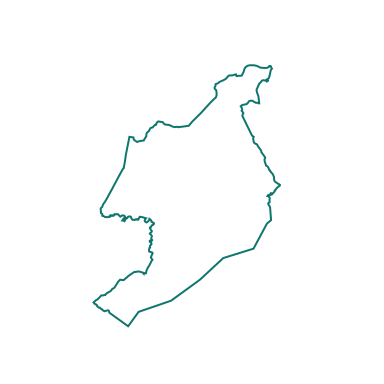 Kwahu South, Eastern, Ghana, rotated 125°
{"feature_id": "2480657B68408124911047", "entity_name": "Kwahu South", "entity_type": "district", "adm_level": 2, "iso_a3": "GHA", "parent_name": "Ghana", "parent_adm1": "Eastern", "projection": "albers", "projection_center": [-0.601, 6.627], "detail": "fine", "context": "isolated", "style": "outline", "palette": "teal", "viewbox_px": 384, "rotation_deg": 125, "n_neighbors": 0, "source": "geoboundaries", "source_scale": "gbopen_adm2", "svg_char_len": 5965}
<svg xmlns="http://www.w3.org/2000/svg" viewBox="0 0 384 384"><g transform="rotate(125 192 192)"><path d="M338.6,167.3L320.8,167.0L293.1,146.8L259.3,135.2L228.2,128.5L203.1,109.1L174.9,112.5L169.7,111.1L159.6,119.4L159.0,120.5L158.5,122.1L157.7,123.0L156.8,123.0L156.1,122.5L154.9,123.3L154.1,123.9L153.4,124.3L152.9,124.5L152.2,125.1L152.0,125.5L151.9,126.5L151.7,126.9L151.7,127.2L152.0,127.8L151.8,127.8L151.0,127.9L150.5,127.6L150.6,127.0L150.3,126.6L149.9,126.3L149.5,126.3L148.8,126.7L147.7,126.7L147.5,126.4L147.4,126.1L147.6,126.0L148.4,125.4L148.4,125.2L147.7,125.0L146.6,125.1L145.6,124.7L144.6,124.7L143.9,125.0L143.6,125.0L143.2,124.7L142.5,125.0L141.8,124.8L140.9,124.9L139.3,124.7L136.3,123.7L135.8,124.0L135.7,124.6L135.8,124.9L135.7,125.5L135.8,125.8L135.9,127.1L135.8,128.2L135.9,128.8L136.0,129.6L135.6,130.7L135.5,130.9L134.8,131.7L134.6,132.1L133.5,132.7L132.8,133.3L131.5,135.3L130.7,137.0L130.7,138.2L130.3,138.7L130.2,139.7L129.6,140.4L129.7,141.3L129.3,141.7L128.0,143.9L127.8,144.5L127.8,145.2L127.7,145.7L127.9,146.3L127.6,146.8L125.1,150.2L123.5,151.4L122.2,151.6L121.7,152.0L120.7,154.6L120.6,155.1L119.8,157.4L119.7,157.9L119.0,158.5L118.4,159.2L116.6,164.5L116.0,165.4L115.8,165.9L115.8,167.0L116.1,167.8L116.0,169.5L115.3,170.4L113.0,172.7L111.4,173.1L111.4,175.0L111.2,175.5L100.9,194.2L100.5,194.3L100.1,194.8L99.9,194.9L98.3,195.0L98.0,195.1L97.6,195.7L97.0,198.0L96.6,198.1L95.9,198.1L95.6,198.3L94.7,199.3L94.2,200.1L93.8,201.3L92.5,201.0L91.2,200.1L88.6,197.6L87.8,197.6L86.9,197.3L85.1,197.4L84.8,197.3L83.6,196.4L82.5,194.7L82.6,193.3L82.4,192.4L82.3,190.8L81.7,190.2L81.3,189.1L81.2,188.4L80.8,187.8L75.6,192.4L72.9,196.2L71.2,197.8L64.4,199.1L63.6,198.7L60.7,198.6L59.8,198.0L59.3,197.3L58.8,196.1L58.1,195.7L57.7,195.1L57.7,194.8L58.3,194.7L58.6,194.4L58.6,194.1L57.9,193.7L57.3,193.6L57.1,193.6L56.9,194.0L56.9,195.0L56.7,195.2L55.5,194.6L54.9,194.4L52.7,194.9L52.0,195.3L47.1,197.3L46.6,197.4L45.1,197.3L44.8,198.1L44.0,199.2L43.9,199.8L43.8,200.0L44.3,200.7L44.8,201.0L45.5,201.0L45.8,200.8L47.5,202.0L48.9,203.9L50.9,207.3L51.3,210.3L51.7,211.7L52.6,213.8L54.5,216.6L55.3,217.6L56.1,218.4L56.3,218.6L58.8,219.7L60.0,219.8L62.2,219.3L63.7,218.7L64.9,218.5L68.0,218.0L68.6,218.5L70.2,220.6L71.4,221.8L71.4,222.4L70.4,223.3L70.7,223.8L73.4,225.9L75.1,228.2L75.7,228.7L76.6,228.9L77.7,228.9L79.0,229.0L80.3,229.4L82.1,230.2L85.7,232.4L86.6,232.8L87.8,233.0L88.5,233.4L90.1,234.5L91.8,233.6L93.6,233.4L94.4,232.6L94.7,230.7L96.3,229.0L97.5,228.2L98.3,227.5L100.8,226.7L103.4,227.3L108.3,228.2L122.9,230.1L134.3,232.2L139.6,232.6L145.6,239.1L146.0,239.8L146.7,240.2L147.0,241.4L147.3,241.8L148.4,242.9L148.7,243.3L149.2,244.6L149.6,245.4L149.7,246.8L150.3,249.5L150.7,250.0L151.6,251.9L152.1,252.5L152.2,253.3L152.2,254.2L151.6,255.8L151.7,256.3L151.8,256.7L152.7,258.2L153.0,259.1L153.7,260.2L154.5,260.5L156.1,260.5L156.9,260.4L157.4,260.0L157.8,260.1L158.3,260.7L158.7,260.9L161.7,261.3L162.8,262.3L163.2,262.6L163.8,262.7L166.7,262.3L169.5,262.9L170.0,262.8L171.4,262.2L172.5,261.4L175.8,261.3L177.4,261.0L178.8,262.5L181.3,264.9L182.5,265.6L182.6,268.7L182.4,269.7L180.9,271.2L182.7,274.9L199.5,267.5L204.7,264.8L211.7,261.6L212.1,261.9L220.7,261.0L235.3,259.2L247.0,257.9L249.9,257.7L253.3,257.7L255.7,257.0L257.7,257.4L258.2,257.2L259.9,255.6L260.5,255.4L261.5,254.4L261.4,253.0L261.8,252.5L262.9,251.9L263.0,251.6L262.9,251.4L262.4,250.7L262.4,248.9L261.8,248.0L261.3,246.9L259.9,246.1L259.8,245.8L259.9,245.4L259.6,245.1L258.8,245.0L258.7,244.9L258.2,245.4L258.0,245.1L257.9,244.9L257.6,245.1L257.3,244.6L257.3,244.3L257.0,244.0L257.1,243.9L256.8,243.3L256.9,243.1L256.7,242.8L256.3,242.6L255.8,242.8L255.5,242.6L254.9,242.8L254.6,242.7L254.7,242.2L253.8,241.6L253.2,240.8L253.3,240.6L252.7,239.8L253.1,238.0L253.3,236.6L252.4,236.1L252.1,236.1L251.5,235.9L250.7,235.1L250.4,234.5L250.4,233.1L250.9,232.5L252.1,232.5L252.5,232.7L253.3,232.8L255.3,232.7L254.6,231.5L254.6,230.6L251.0,230.9L250.8,230.8L250.8,230.3L250.6,230.1L249.0,230.2L247.7,229.1L247.4,227.9L248.2,226.8L248.3,226.4L248.8,225.5L248.8,224.7L247.8,222.9L247.3,222.8L247.1,222.5L246.6,222.4L245.9,221.6L246.0,221.6L246.2,221.3L245.9,220.6L245.4,220.1L244.9,220.2L243.8,220.5L243.2,220.5L242.9,220.4L242.3,220.6L241.2,218.5L239.9,214.6L240.5,214.7L241.4,214.7L242.5,214.4L243.0,213.8L243.2,212.7L243.1,211.9L242.5,211.5L241.5,211.2L240.1,211.0L238.4,211.5L238.4,210.3L239.1,208.4L239.6,208.2L239.3,205.5L239.8,205.0L240.0,204.9L240.5,205.1L241.1,205.0L241.3,205.4L241.7,205.6L244.0,205.7L244.4,205.5L244.8,205.9L245.0,206.0L245.2,205.7L245.7,205.8L246.2,205.0L247.1,202.4L247.7,202.2L248.3,202.3L248.6,202.3L249.5,202.7L250.4,202.6L250.7,200.3L250.9,199.9L251.2,199.5L253.8,198.6L254.1,198.2L254.1,197.4L254.2,197.0L254.5,197.0L255.5,197.3L255.8,197.8L256.2,198.6L256.8,198.3L256.9,198.1L257.1,197.0L256.9,196.5L257.3,196.4L257.5,195.7L258.2,195.2L259.9,195.6L260.4,195.4L261.6,194.4L262.3,194.8L263.8,194.2L265.3,193.0L264.8,191.3L264.4,190.0L264.4,189.7L264.8,189.1L267.7,188.6L267.9,188.4L268.4,188.4L269.2,188.2L269.4,187.8L270.2,185.5L271.6,185.6L274.1,185.2L277.1,184.8L279.4,184.8L282.9,184.1L284.8,183.1L285.2,183.2L285.8,184.6L286.7,184.4L286.2,186.0L287.5,189.8L289.0,191.6L290.1,192.6L290.4,193.3L293.7,194.6L297.4,196.0L299.2,196.3L301.3,197.0L303.3,197.4L304.1,198.6L305.1,200.6L307.6,201.0L314.5,200.7L315.4,200.8L317.2,201.7L319.2,201.7L320.4,202.1L323.5,203.6L324.6,203.9L326.2,204.0L326.4,204.6L327.5,205.3L328.4,206.5L328.7,206.9L328.8,207.0L331.9,207.3L332.7,207.6L334.2,207.8L335.7,208.6L338.8,209.3L338.8,208.8L339.1,208.5L339.3,208.4L339.5,207.9L339.1,206.7L339.1,206.3L339.4,205.7L339.2,205.1L339.5,204.7L339.6,204.3L340.0,204.1L340.0,203.5L340.2,202.2L340.1,201.9L339.6,201.2L339.6,200.9L339.9,200.0L339.9,199.8L339.7,199.2L339.6,198.8L339.9,197.8L340.1,197.3L339.8,195.2L339.2,194.8L337.2,193.1L337.0,192.8L337.0,192.4L337.2,191.6L337.8,191.0L338.3,190.3L338.6,167.3Z" fill="none" stroke="#0f766e" stroke-width="2"/></g></svg>